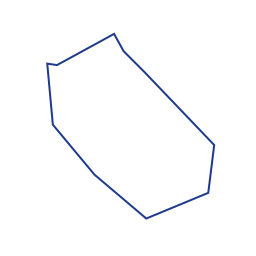 the district of Jung-gu [Central District], Daegu, South Korea, rotated 45°
{"feature_id": "91817680B11201690622195", "entity_name": "Jung-gu [Central District]", "entity_type": "district", "adm_level": 2, "iso_a3": "KOR", "parent_name": "South Korea", "parent_adm1": "Daegu", "projection": "mercator", "projection_center": [128.593, 35.86], "detail": "fine", "context": "isolated", "style": "outline", "palette": "blue", "viewbox_px": 256, "rotation_deg": 45, "n_neighbors": 0, "source": "geoboundaries", "source_scale": "gbopen_adm2", "svg_char_len": 287}
<svg xmlns="http://www.w3.org/2000/svg" viewBox="0 0 256 256"><g transform="rotate(45 128 128)"><path d="M201.0,79.1L100.0,76.8L70.6,76.8L51.6,71.3L33.3,133.7L25.4,139.6L72.5,178.8L137.3,184.7L204.9,179.1L230.6,117.1L201.0,79.1Z" fill="none" stroke="#1e3a8a" stroke-width="2"/></g></svg>